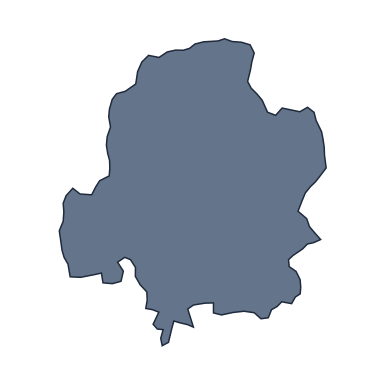 outline of Tuiuti, São Paulo, Brazil, rotated 349°
{"feature_id": "56859067B66015018997927", "entity_name": "Tuiuti", "entity_type": "district", "adm_level": 2, "iso_a3": "BRA", "parent_name": "Brazil", "parent_adm1": "São Paulo", "projection": "robinson", "projection_center": [-46.691, -22.831], "detail": "fine", "context": "isolated", "style": "filled", "palette": "slate", "viewbox_px": 384, "rotation_deg": 349, "n_neighbors": 0, "source": "geoboundaries", "source_scale": "gbopen_adm2", "svg_char_len": 1675}
<svg xmlns="http://www.w3.org/2000/svg" viewBox="0 0 384 384"><g transform="rotate(349 192 192)"><path d="M54.0,231.9L56.5,239.1L56.2,252.0L66.4,254.5L78.9,254.5L87.6,254.3L87.3,264.2L96.4,266.8L105.3,266.1L109.5,256.6L105.6,246.7L113.5,243.3L118.7,246.7L122.1,255.2L120.3,264.0L123.4,273.2L128.6,281.5L127.4,289.5L124.4,297.5L130.6,299.9L136.5,303.6L128.6,314.4L131.8,319.9L137.4,321.6L133.4,329.6L133.4,337.2L140.2,335.1L146.5,321.3L149.6,315.2L155.2,318.1L162.3,321.3L167.6,324.9L166.6,315.9L165.5,306.1L171.9,303.2L183.8,303.6L191.9,305.0L190.0,314.8L197.5,318.3L209.6,318.1L220.4,319.0L230.1,322.4L235.5,329.6L242.9,330.0L247.6,322.7L253.8,320.6L259.1,316.9L268.5,320.6L273.4,314.8L278.8,312.6L280.6,306.1L281.4,298.7L279.0,289.9L273.2,283.8L273.8,276.9L279.0,273.6L289.7,269.0L295.3,265.1L301.8,264.9L309.2,263.2L305.4,256.8L300.7,248.5L299.5,240.1L292.4,231.1L298.3,221.7L303.0,214.6L309.2,209.4L315.2,205.5L320.1,201.3L328.3,194.0L329.1,181.0L330.3,173.5L330.7,165.4L330.7,157.6L327.5,145.6L327.0,137.1L321.6,130.9L313.2,133.8L296.5,126.8L288.7,132.7L281.4,128.1L278.4,115.3L274.4,108.1L269.9,101.4L267.7,94.1L272.8,83.0L275.6,75.6L279.6,67.4L277.1,58.6L269.1,54.4L260.0,51.9L253.2,47.8L246.4,48.7L232.1,46.8L223.2,47.3L217.0,50.5L210.5,51.2L203.1,49.6L194.4,49.8L185.3,53.6L175.4,49.6L167.6,54.8L161.6,63.4L157.4,75.2L145.8,80.4L136.7,81.1L131.4,85.8L126.8,94.8L124.6,102.3L124.4,112.7L119.3,121.5L116.9,129.7L116.6,138.0L117.1,145.2L115.9,152.9L113.8,160.4L103.5,163.3L98.4,168.7L93.0,175.6L81.7,172.6L75.7,165.6L67.7,171.6L63.4,178.5L62.4,187.1L60.0,196.1L54.3,204.8L54.0,212.0L53.3,224.3L54.0,231.9Z" fill="#64748b" stroke="#1e293b" stroke-width="1.5"/></g></svg>